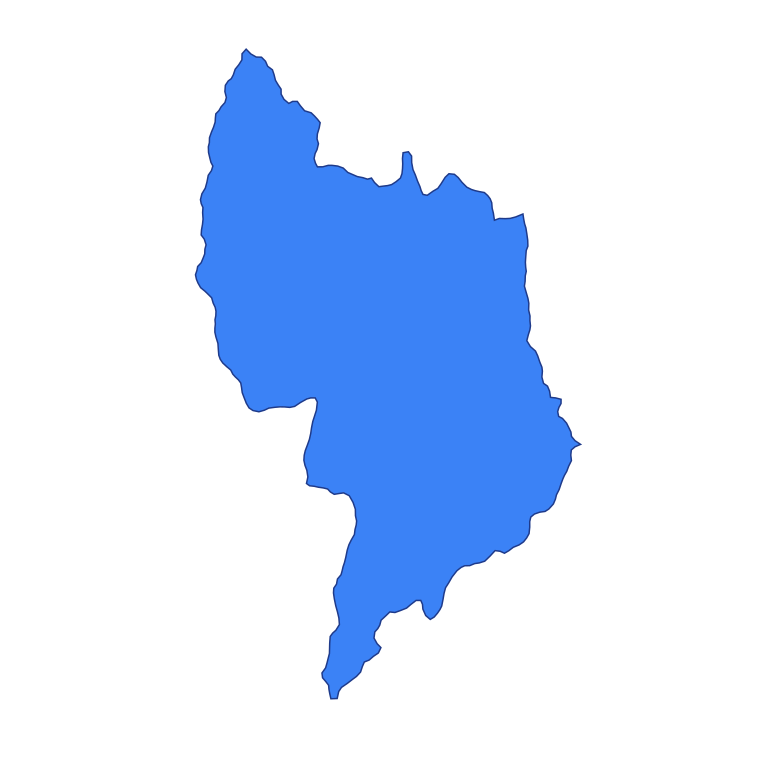 the district of Santo Antônio do Retiro, Minas Gerais, Brazil, rotated 186°
{"feature_id": "56859067B81000561120101", "entity_name": "Santo Antônio do Retiro", "entity_type": "district", "adm_level": 2, "iso_a3": "BRA", "parent_name": "Brazil", "parent_adm1": "Minas Gerais", "projection": "mercator", "projection_center": [-42.654, -15.266], "detail": "fine", "context": "isolated", "style": "filled", "palette": "blue", "viewbox_px": 768, "rotation_deg": 186, "n_neighbors": 0, "source": "geoboundaries", "source_scale": "gbopen_adm2", "svg_char_len": 4596}
<svg xmlns="http://www.w3.org/2000/svg" viewBox="0 0 768 768"><g transform="rotate(186 384 384)"><path d="M232.8,238.1L228.7,241.6L226.0,245.9L224.1,250.4L224.1,256.9L224.7,262.4L224.1,267.0L220.8,270.4L215.7,272.8L210.5,274.1L207.0,276.9L203.0,282.4L201.5,287.3L200.9,291.8L198.8,297.3L197.4,303.6L196.2,308.3L195.0,312.0L193.1,316.3L191.8,321.4L189.6,327.4L190.8,332.9L190.8,338.0L187.5,341.5L182.2,344.5L188.1,347.6L192.1,351.5L193.1,355.8L195.2,359.2L198.3,364.1L202.9,368.4L206.9,370.0L208.4,374.7L207.6,379.0L205.9,383.1L206.3,387.3L211.8,388.1L217.0,388.1L218.6,394.2L221.2,399.0L225.4,401.3L227.7,407.4L227.8,413.3L228.7,417.2L231.4,422.2L234.0,427.9L236.8,432.6L242.3,436.5L246.5,442.0L245.6,448.2L244.6,453.0L244.4,457.1L245.5,462.3L245.9,466.9L247.9,472.7L248.4,479.4L249.8,484.2L252.1,489.8L254.6,496.0L254.4,500.9L254.8,506.4L254.3,510.9L255.3,515.0L256.1,519.7L256.3,524.6L256.5,531.6L255.3,536.1L256.1,542.0L257.6,548.1L259.2,554.1L260.9,558.0L262.3,562.6L263.6,567.6L270.5,563.9L275.8,561.9L280.8,561.1L286.6,560.7L291.3,558.4L293.1,565.4L294.8,570.1L295.8,575.5L297.8,579.3L300.6,582.3L304.2,584.9L309.2,585.3L313.6,585.8L317.4,586.6L322.2,588.4L327.5,592.7L331.8,597.1L335.9,599.9L341.4,599.9L344.8,595.9L348.2,589.0L350.9,584.2L355.5,580.8L360.7,576.2L365.0,576.6L367.2,580.1L368.9,584.1L371.8,589.2L374.7,595.2L377.6,600.3L379.6,607.0L380.4,613.6L384.0,617.5L389.2,616.0L389.2,610.3L388.4,604.9L388.1,600.1L388.1,595.1L389.2,590.5L393.2,586.4L397.3,583.1L401.1,581.7L405.1,580.8L409.7,579.7L414.5,583.4L418.0,587.5L421.8,586.0L426.6,587.0L432.2,587.5L437.3,589.1L442.1,590.6L447.1,594.5L452.8,595.9L458.4,596.0L462.4,595.6L467.6,593.6L472.9,593.0L475.2,596.4L477.1,600.9L476.6,606.0L475.1,610.1L474.3,616.1L476.2,620.7L476.4,625.7L475.2,632.0L474.8,637.2L477.7,640.2L481.2,643.3L484.8,646.1L491.5,647.4L496.3,652.0L499.8,656.0L504.4,655.5L508.0,653.1L513.2,656.6L516.6,661.5L517.2,666.5L520.5,670.4L523.7,674.7L525.7,680.2L527.8,684.8L532.9,687.8L535.6,692.6L540.0,696.2L545.2,695.8L550.9,698.3L556.1,702.6L559.7,697.6L559.2,691.5L561.9,686.1L564.9,681.5L566.2,675.6L567.8,671.7L570.6,669.1L573.0,664.5L572.8,658.2L570.7,652.4L571.6,647.3L575.0,642.6L576.7,638.7L579.5,635.1L579.5,630.9L579.3,626.8L580.4,621.5L581.9,616.6L583.3,610.7L582.9,605.7L583.5,601.6L582.7,595.9L581.0,591.0L579.3,586.4L577.0,582.9L577.9,578.2L580.6,573.2L581.2,566.2L582.2,560.1L585.0,554.1L585.8,548.1L584.6,544.2L582.5,540.6L582.3,535.5L581.2,529.1L581.2,523.7L581.6,518.3L581.4,513.1L577.9,509.3L575.5,503.8L576.2,499.4L575.9,494.6L577.0,490.5L578.5,485.5L581.6,481.4L581.9,477.5L582.9,472.9L581.5,468.6L579.5,464.9L576.4,460.6L571.8,457.6L567.6,454.3L564.4,451.7L562.4,446.7L559.9,442.6L558.7,438.8L558.4,434.3L558.8,430.2L558.0,426.1L558.0,421.8L557.6,417.8L556.1,413.3L553.4,407.0L552.3,400.6L551.3,395.3L549.4,391.4L546.5,388.0L542.1,384.7L537.9,381.9L535.4,378.0L532.5,375.4L529.3,373.0L526.6,370.1L525.3,365.6L524.1,360.6L521.8,356.0L518.9,350.4L515.7,346.1L511.5,343.9L505.5,343.3L500.3,345.4L496.0,348.0L489.8,349.5L485.0,350.4L480.4,350.8L475.2,350.9L470.5,352.4L465.1,356.9L459.3,361.0L455.5,362.5L451.0,363.0L448.4,359.1L448.5,350.8L449.8,344.5L450.9,339.3L451.5,332.8L451.7,327.2L452.4,321.1L453.8,315.3L455.3,309.6L455.9,304.8L455.7,299.8L454.1,294.9L451.7,290.1L450.0,283.6L450.7,276.9L447.3,275.0L442.7,275.0L438.5,274.5L433.5,274.3L429.1,273.7L426.0,271.0L422.0,269.1L417.2,270.4L412.8,271.5L406.9,269.3L402.4,263.0L399.4,256.5L398.6,250.0L396.9,244.9L396.9,240.9L397.6,236.3L397.7,231.2L400.3,225.3L402.1,220.4L403.2,214.9L403.9,207.5L404.7,202.0L405.6,198.0L406.1,193.9L406.8,189.8L409.9,185.2L410.3,180.0L412.6,175.7L412.4,170.9L410.9,165.0L408.8,158.4L406.5,152.6L404.4,146.5L403.2,140.1L406.1,134.1L409.0,130.9L411.1,127.3L410.9,120.4L410.5,115.4L410.1,110.3L410.9,105.0L411.5,100.7L412.4,95.6L415.5,90.1L414.4,85.4L410.9,82.1L407.6,78.6L406.8,74.5L405.6,70.4L403.9,65.4L397.7,66.3L396.9,73.4L394.6,77.8L388.9,82.7L384.5,86.9L380.8,90.3L377.2,95.1L376.0,100.7L374.5,105.5L369.9,107.9L366.1,112.0L361.5,115.9L359.5,121.5L363.7,125.0L367.4,130.3L367.2,136.5L364.6,140.1L363.0,143.8L362.2,148.8L358.0,153.6L354.4,157.9L349.2,157.9L344.2,160.3L338.1,163.5L334.3,167.5L329.5,172.1L324.8,172.6L322.7,168.9L321.8,164.2L318.3,158.1L313.4,154.7L309.7,157.5L306.9,161.6L304.8,165.5L303.4,169.2L302.8,175.7L302.4,182.0L301.5,187.8L298.9,193.0L296.1,199.3L291.9,206.0L288.1,209.7L284.7,211.7L279.8,212.3L275.0,214.9L270.6,216.0L265.3,218.3L260.5,224.0L256.1,229.9L251.1,229.8L246.5,228.3L242.5,231.2L238.4,235.1L232.8,238.1Z" fill="#3b82f6" stroke="#1e3a8a" stroke-width="1.5"/></g></svg>